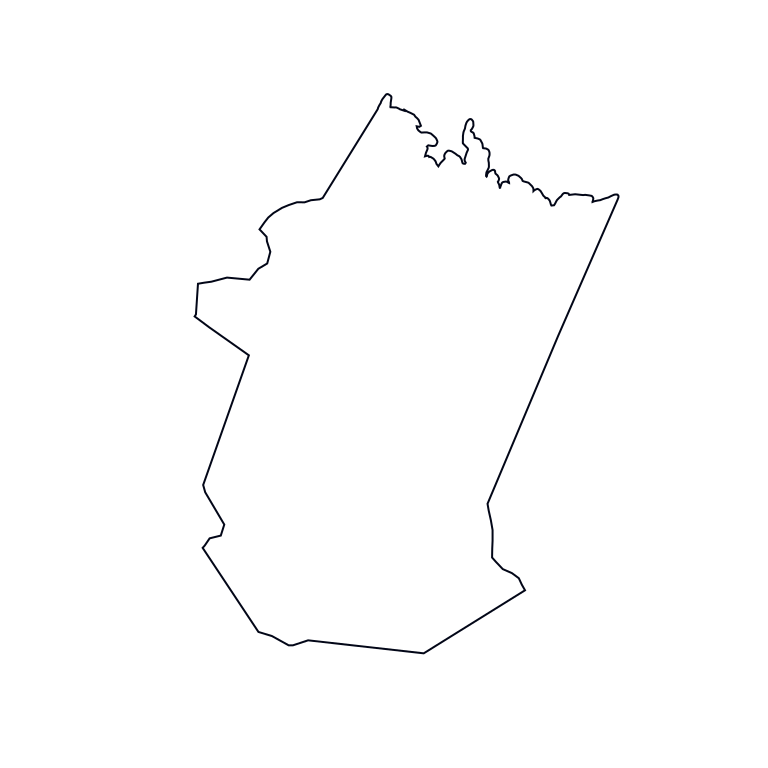 the district of Añisoc, Wele-Nzás, Equatorial Guinea, rotated 203°
{"feature_id": "11065452B27397509806446", "entity_name": "Añisoc", "entity_type": "district", "adm_level": 2, "iso_a3": "GNQ", "parent_name": "Equatorial Guinea", "parent_adm1": "Wele-Nzás", "projection": "natural_earth1", "projection_center": [10.841, 1.768], "detail": "fine", "context": "isolated", "style": "outline", "palette": "ink", "viewbox_px": 768, "rotation_deg": 203, "n_neighbors": 0, "source": "geoboundaries", "source_scale": "gbopen_adm2", "svg_char_len": 5830}
<svg xmlns="http://www.w3.org/2000/svg" viewBox="0 0 768 768"><g transform="rotate(203 384 384)"><path d="M241.0,645.0L241.1,647.2L241.2,647.6L241.3,648.0L241.5,648.4L241.7,648.7L241.9,649.0L242.1,649.1L242.3,649.2L242.6,649.3L242.9,649.5L243.1,649.4L243.3,649.5L243.7,649.4L244.0,649.3L245.5,648.6L245.8,648.3L246.2,648.1L248.6,645.5L250.4,643.3L252.6,641.6L254.9,639.6L256.8,637.7L259.1,636.3L261.8,634.4L262.0,634.2L263.2,633.0L263.3,633.2L263.2,633.6L263.6,635.7L263.7,636.1L263.8,636.5L264.0,636.9L264.3,637.1L264.6,637.4L265.3,637.9L265.5,638.0L266.1,638.2L266.4,638.3L266.6,638.2L266.8,638.2L268.7,637.8L272.8,636.7L273.0,636.5L273.3,636.4L274.5,635.7L282.1,633.4L282.3,633.2L282.5,633.2L287.4,630.4L287.6,630.7L288.4,631.3L288.6,631.3L289.5,631.3L292.2,630.5L293.1,629.8L293.7,628.7L294.4,625.7L294.6,625.5L294.8,625.1L295.1,624.7L296.1,622.3L296.7,620.7L296.7,620.2L296.8,619.8L297.0,616.8L297.3,615.0L299.2,613.9L299.6,613.7L300.5,614.4L302.0,616.3L303.3,617.7L303.7,617.8L304.0,618.1L305.6,618.8L305.8,618.8L306.0,618.9L306.3,618.9L306.7,618.9L306.9,618.8L307.1,618.8L307.3,618.5L307.7,618.4L307.8,618.2L308.0,618.2L308.2,618.3L308.3,618.5L308.6,618.7L308.9,618.9L310.9,619.6L313.0,621.2L315.4,622.9L315.7,622.9L316.0,623.1L317.8,623.6L318.9,623.6L319.8,622.9L321.3,621.1L321.4,620.8L321.6,620.5L321.8,620.0L322.6,621.9L323.3,622.7L324.8,623.8L325.0,623.9L325.2,624.0L329.2,625.6L330.1,625.7L334.4,625.1L335.7,625.1L337.4,626.7L337.8,626.8L338.2,627.1L341.5,628.2L341.8,628.2L342.0,628.2L344.5,628.2L344.9,628.1L345.3,628.0L346.6,627.4L346.8,627.2L347.1,627.0L349.0,625.2L349.6,624.3L349.7,624.2L349.8,623.0L349.6,621.0L349.5,620.8L349.4,620.5L349.3,620.2L349.2,619.9L349.0,619.7L348.8,619.5L347.7,618.5L347.4,617.9L347.8,617.9L350.0,618.2L350.5,618.0L350.9,618.0L353.1,616.6L353.7,615.9L353.8,615.7L354.1,614.7L353.9,610.6L353.6,609.4L353.5,609.2L354.4,610.2L355.7,612.3L356.0,612.5L356.2,612.8L357.8,614.1L358.2,614.6L358.1,614.9L358.1,615.2L358.0,615.4L358.0,616.6L358.2,617.7L358.2,617.8L358.9,618.7L360.8,620.3L361.2,620.4L361.5,620.6L363.5,621.2L364.0,621.7L364.7,622.9L364.9,623.1L365.0,623.4L365.3,623.5L365.5,623.8L366.0,624.0L366.3,623.9L366.6,624.0L366.8,623.9L367.0,623.9L367.3,623.7L367.6,623.6L367.8,623.4L368.0,623.3L369.9,620.9L370.1,620.5L370.3,620.2L370.8,618.7L370.9,618.4L370.9,617.9L371.0,617.5L370.9,617.3L370.9,617.1L370.5,615.5L370.6,615.0L371.3,615.3L371.7,616.3L372.4,618.9L372.2,621.4L372.1,624.0L372.4,625.2L374.0,628.7L374.2,628.9L374.3,629.1L375.2,630.4L376.0,632.1L376.2,635.5L376.4,636.0L376.5,636.5L377.2,638.1L377.5,638.4L377.7,638.8L378.9,640.0L379.3,640.2L379.7,640.4L379.8,640.4L381.4,640.6L381.7,640.6L382.1,640.6L384.9,639.8L385.2,640.0L387.0,643.1L387.2,643.4L387.5,643.8L390.6,646.3L391.0,646.4L391.4,646.6L393.8,646.6L394.0,646.5L395.9,646.2L396.0,646.1L396.6,646.0L396.8,646.0L397.3,647.1L397.5,647.4L397.7,647.7L399.2,649.6L399.5,649.7L399.7,650.0L399.9,650.0L400.2,650.2L400.4,650.2L400.7,650.3L402.0,650.3L402.8,650.6L403.3,651.5L402.9,652.6L402.8,653.0L402.7,653.3L402.5,656.0L402.6,656.5L402.7,657.0L404.3,660.2L404.6,660.5L404.9,660.8L406.6,661.7L407.6,661.8L408.6,661.3L409.3,660.3L410.1,657.9L410.1,657.4L410.2,656.8L410.0,653.8L409.9,653.6L409.9,653.3L409.3,650.8L409.3,647.4L409.2,647.1L409.2,646.7L408.2,642.9L408.0,642.6L406.7,639.4L405.9,637.3L405.7,637.0L405.6,636.7L405.4,636.6L405.3,636.3L405.0,636.2L404.7,636.0L398.9,633.6L398.2,632.5L398.3,629.2L397.7,622.7L397.5,622.3L397.5,621.9L397.4,621.7L397.0,621.2L396.8,620.9L395.2,619.6L395.4,618.6L395.5,618.3L396.7,617.9L397.8,617.9L398.5,618.6L400.2,620.8L400.4,621.0L400.6,621.2L402.7,622.7L403.8,623.1L405.8,623.2L408.2,623.9L412.3,624.6L412.6,624.6L412.9,624.6L415.3,624.2L416.2,623.8L416.3,623.7L416.9,622.8L417.7,620.8L417.9,619.7L417.9,618.5L417.9,618.3L417.9,618.1L417.7,617.7L417.6,617.2L417.4,616.9L416.2,615.2L416.3,614.7L417.1,612.6L418.3,609.6L418.3,609.3L418.4,609.0L418.8,607.0L419.0,605.6L421.7,607.1L423.4,609.0L423.7,609.1L423.9,609.4L426.2,610.6L426.5,610.7L426.9,610.8L429.5,611.2L429.9,611.1L430.3,611.1L430.5,611.1L431.1,610.6L431.5,611.0L432.1,611.2L432.6,611.3L432.7,611.2L432.8,611.2L433.2,611.0L433.6,610.9L435.2,609.6L435.7,613.1L435.7,616.9L436.0,618.1L436.7,619.0L437.3,619.3L436.9,620.2L436.5,621.0L435.6,621.2L432.8,621.9L432.6,622.0L432.4,622.0L430.6,622.9L429.8,623.6L429.7,623.7L429.4,624.8L429.3,626.6L429.4,627.7L429.5,627.9L430.1,628.7L432.0,630.4L432.4,630.6L432.7,630.8L435.4,631.8L438.5,632.8L438.9,632.8L439.3,632.8L442.7,632.4L442.9,632.3L443.2,632.2L445.5,631.2L447.7,630.1L448.7,630.1L451.5,630.9L453.4,632.2L454.6,634.0L452.0,634.5L450.9,636.1L455.4,640.7L457.6,641.7L459.5,642.3L461.5,643.6L465.7,643.9L468.7,643.9L473.7,644.6L470.4,643.6L476.9,643.1L477.3,643.2L477.7,643.3L480.5,643.4L481.5,643.1L482.3,642.7L486.2,641.3L486.4,641.5L486.8,643.0L486.9,643.4L487.7,645.4L489.0,650.4L489.3,650.8L489.5,651.3L490.1,651.6L490.4,651.9L490.5,651.9L493.1,652.4L493.5,652.3L493.9,652.3L494.0,652.2L494.5,652.0L494.9,651.7L495.1,651.5L495.2,651.1L495.4,650.7L496.7,645.8L497.0,643.5L496.9,643.1L497.0,642.7L496.8,641.4L497.2,638.9L497.4,636.1L497.2,635.0L497.2,634.9L497.2,634.3L513.1,531.3L515.3,528.9L523.1,524.6L528.1,520.2L535.1,517.3L541.6,511.5L546.7,506.3L552.5,498.2L555.6,492.0L557.2,486.0L559.0,477.7L549.6,473.6L547.5,469.6L540.3,461.3L538.6,449.3L544.7,441.0L548.5,427.5L570.1,420.6L582.9,410.7L589.1,407.0L594.4,403.6L584.3,374.6L584.7,372.2L567.1,367.9L519.6,357.6L511.0,220.4L506.3,214.5L476.1,192.2L475.0,180.7L484.2,173.8L485.9,165.2L486.9,162.3L402.7,106.7L388.6,108.2L369.7,106.2L365.8,107.8L353.7,118.4L242.2,151.6L173.6,249.2L178.8,253.2L184.0,257.9L192.4,259.9L202.3,260.0L211.7,264.1L216.7,266.5L220.1,274.9L222.8,282.1L227.0,292.0L232.3,300.2L238.1,308.3L241.9,314.2L242.5,496.1L241.0,645.0Z" fill="none" stroke="#020617" stroke-width="2"/></g></svg>